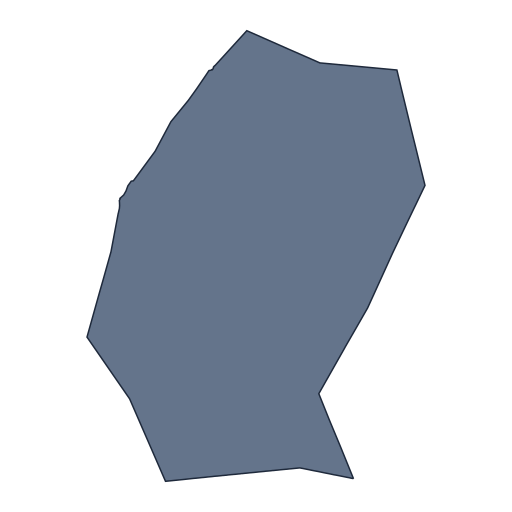 outline of Meråker nor, Nord-Trøndelag, Norway
{"feature_id": "86288312B15566061957795", "entity_name": "Meråker nor", "entity_type": "district", "adm_level": 2, "iso_a3": "NOR", "parent_name": "Norway", "parent_adm1": "Nord-Trøndelag", "projection": "mercator", "projection_center": [11.797, 63.407], "detail": "fine", "context": "isolated", "style": "filled", "palette": "slate", "viewbox_px": 512, "rotation_deg": 0, "n_neighbors": 0, "source": "geoboundaries", "source_scale": "gbopen_adm2", "svg_char_len": 2296}
<svg xmlns="http://www.w3.org/2000/svg" viewBox="0 0 512 512"><path d="M353.5,478.7L351.1,472.8L340.9,447.7L329.4,420.1L318.8,393.7L338.1,359.6L344.4,348.5L345.2,347.0L357.0,326.5L367.6,308.0L374.0,294.0L392.6,253.1L406.7,223.5L414.2,207.9L416.1,204.0L425.0,185.4L415.6,147.1L411.4,130.1L400.7,86.0L400.7,85.9L396.9,70.0L343.1,65.0L340.8,64.8L340.2,64.8L339.9,64.7L339.5,64.7L338.9,64.6L338.3,64.6L337.6,64.5L319.9,62.9L319.0,62.5L288.7,49.2L246.8,30.7L215.0,65.6L214.9,65.6L214.7,65.7L214.6,65.8L214.4,66.0L214.2,66.2L214.1,66.3L213.9,66.5L213.8,66.8L213.7,66.8L213.6,67.0L213.4,67.2L213.4,67.3L213.4,67.5L213.4,67.8L213.3,68.0L213.2,68.2L213.2,68.4L213.2,68.5L213.1,68.8L212.9,69.0L212.7,69.2L212.5,69.3L212.5,69.5L212.4,69.6L212.3,69.8L212.2,69.8L212.0,69.7L211.9,69.6L211.7,69.6L211.5,69.8L211.4,69.9L211.3,70.0L211.2,70.1L210.9,70.2L209.0,70.6L208.8,70.8L206.7,74.0L196.7,88.7L188.3,100.4L170.9,121.7L155.1,151.3L133.4,180.8L131.2,181.2L127.9,185.8L126.0,191.0L123.7,195.0L120.0,198.3L120.3,198.6L119.3,200.7L119.5,201.9L119.5,202.0L119.5,202.4L119.5,202.6L119.6,205.7L119.4,208.5L118.4,212.8L118.3,213.4L118.2,213.5L111.0,251.7L102.9,280.6L99.6,292.1L87.0,337.1L129.6,398.8L165.5,481.3L183.4,479.5L186.1,479.2L188.0,479.0L189.8,478.8L193.5,478.4L195.9,478.2L198.9,477.9L201.5,477.6L202.6,477.5L203.0,477.5L205.8,477.2L207.4,477.0L209.5,476.8L211.8,476.6L214.3,476.3L215.4,476.2L216.5,476.1L217.0,476.1L221.8,475.6L222.4,475.5L224.2,475.4L224.7,475.3L226.3,475.2L228.4,474.9L230.6,474.7L231.5,474.6L232.8,474.5L233.8,474.4L235.3,474.3L236.2,474.2L238.0,474.0L239.1,473.9L240.2,473.8L241.4,473.6L242.1,473.6L243.1,473.5L243.9,473.4L246.0,473.2L248.0,473.0L249.7,472.8L251.0,472.7L253.4,472.5L256.2,472.2L258.9,471.9L262.2,471.6L264.4,471.4L265.7,471.2L268.3,471.0L270.4,470.8L272.9,470.5L273.5,470.5L276.3,470.2L277.5,470.1L280.2,469.8L283.4,469.5L285.5,469.3L286.8,469.2L289.5,468.9L291.8,468.7L294.8,468.4L297.7,468.1L299.8,467.9L300.4,468.0L301.8,468.3L302.5,468.4L303.5,468.6L306.5,469.2L309.5,469.8L310.8,470.1L313.3,470.6L315.4,471.0L318.1,471.5L320.0,471.9L323.8,472.7L325.8,473.1L327.9,473.5L330.4,474.0L334.1,474.8L336.0,475.1L338.5,475.6L341.0,476.1L344.0,476.7L347.4,477.4L349.1,477.7L351.2,478.2L353.4,478.6L353.5,478.7Z" fill="#64748b" stroke="#1e293b" stroke-width="1.5"/></svg>